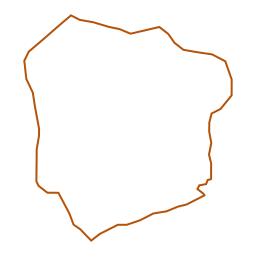 Pyoksong, Hwanghae-namdo, North Korea (Natural Earth projection)
{"feature_id": "82179303B11091889229707", "entity_name": "Pyoksong", "entity_type": "district", "adm_level": 2, "iso_a3": "PRK", "parent_name": "North Korea", "parent_adm1": "Hwanghae-namdo", "projection": "natural_earth1", "projection_center": [125.467, 38.097], "detail": "fine", "context": "isolated", "style": "outline", "palette": "amber", "viewbox_px": 256, "rotation_deg": 0, "n_neighbors": 0, "source": "geoboundaries", "source_scale": "gbopen_adm2", "svg_char_len": 870}
<svg xmlns="http://www.w3.org/2000/svg" viewBox="0 0 256 256"><path d="M231.6,95.4L231.7,79.5L225.3,61.3L212.1,54.4L196.6,52.1L183.4,49.8L174.6,42.9L168.1,33.8L159.3,27.0L130.5,33.7L119.5,29.1L108.5,26.8L93.1,22.2L79.8,19.9L71.0,15.4L60.1,24.6L57.7,26.7L42.1,40.3L28.8,51.6L24.3,60.7L26.3,78.9L32.8,92.6L34.9,106.3L37.0,117.6L39.1,129.0L39.0,135.8L36.7,149.5L36.6,163.1L36.5,170.0L36.4,181.3L38.6,185.9L47.4,192.7L58.4,192.8L69.3,213.3L73.6,224.7L80.2,229.2L84.6,233.8L91.2,240.6L100.0,233.8L117.8,224.8L126.7,224.8L140.0,220.3L153.3,213.5L166.6,211.3L177.7,206.7L186.5,204.5L195.4,200.0L204.4,195.4L203.7,194.1L203.3,193.6L197.4,189.0L199.4,185.3L206.1,184.1L207.8,179.9L210.4,179.4L211.1,178.9L211.1,177.2L211.1,168.1L211.2,163.6L209.0,154.5L211.3,143.1L209.2,131.7L209.3,122.6L211.6,113.5L220.5,109.0L231.6,95.4Z" fill="none" stroke="#b45309" stroke-width="2"/></svg>